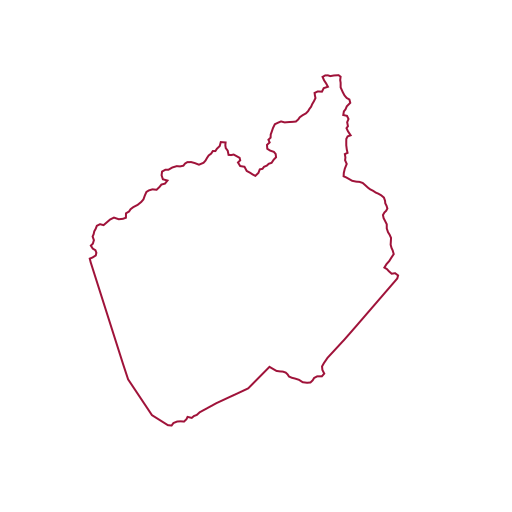 the district of Piritiba, Bahia, Brazil, rotated 316°
{"feature_id": "56859067B29838999059805", "entity_name": "Piritiba", "entity_type": "district", "adm_level": 2, "iso_a3": "BRA", "parent_name": "Brazil", "parent_adm1": "Bahia", "projection": "albers", "projection_center": [-40.538, -11.695], "detail": "fine", "context": "isolated", "style": "outline", "palette": "rose", "viewbox_px": 512, "rotation_deg": 316, "n_neighbors": 0, "source": "geoboundaries", "source_scale": "gbopen_adm2", "svg_char_len": 3178}
<svg xmlns="http://www.w3.org/2000/svg" viewBox="0 0 512 512"><g transform="rotate(316 256 256)"><path d="M156.8,125.9L154.4,127.5L152.0,128.5L150.4,132.0L147.2,133.8L144.4,133.8L143.7,137.3L144.5,140.3L143.4,142.8L141.1,144.3L137.3,143.5L134.6,142.4L132.7,145.7L85.4,241.2L78.3,255.9L70.6,298.2L75.1,316.5L77.5,319.3L80.6,318.8L84.3,320.3L86.9,322.5L89.2,325.1L92.6,325.1L95.0,324.2L97.3,327.8L100.2,328.0L103.0,329.2L107.0,329.3L125.5,334.4L158.4,345.8L188.7,345.1L189.7,348.7L190.9,352.9L193.1,355.7L195.0,357.8L196.4,360.5L196.5,363.1L196.0,365.6L197.2,368.5L198.9,371.2L200.9,374.9L201.9,379.2L204.7,382.7L207.3,384.8L210.4,384.8L213.1,384.1L216.5,385.1L219.8,388.3L223.4,388.0L224.6,384.1L226.8,381.3L230.5,380.2L236.9,378.9L248.0,378.3L258.0,377.7L260.7,377.6L277.3,376.2L342.0,370.3L344.7,368.7L344.1,365.0L341.3,363.0L341.0,359.2L341.1,356.4L340.3,353.5L344.2,352.5L348.3,352.2L352.3,351.2L356.4,350.3L358.2,346.9L359.1,344.3L360.7,341.4L363.0,339.3L365.7,336.8L366.9,333.5L367.5,330.6L369.2,327.0L372.1,324.0L373.4,319.8L374.1,317.4L375.8,314.7L378.6,313.9L381.0,313.9L383.5,313.1L384.8,310.5L385.6,307.9L387.2,305.9L388.6,302.8L388.2,299.2L387.2,295.9L386.2,293.6L385.5,290.4L384.4,287.2L384.0,284.6L383.8,281.3L383.5,277.6L381.9,274.5L379.8,272.2L377.4,268.7L376.4,265.2L375.5,262.2L374.4,259.5L376.9,257.2L380.5,254.9L385.2,252.8L386.6,249.0L388.8,247.2L390.7,244.4L393.5,245.4L395.4,242.3L397.8,239.1L400.4,236.4L402.3,234.5L405.0,233.6L407.9,234.9L408.8,230.1L409.9,226.9L412.3,226.5L414.5,223.1L417.7,221.7L418.8,218.4L416.7,215.2L419.7,213.0L422.2,212.7L425.3,211.4L430.2,211.3L431.9,208.3L431.0,205.3L431.2,202.0L432.2,198.5L434.0,193.5L437.2,190.2L438.8,187.9L441.4,185.8L441.0,183.3L437.5,180.3L434.4,178.2L433.2,176.0L431.3,174.2L428.3,173.4L427.0,176.9L426.3,180.7L425.3,184.2L421.3,182.3L417.6,183.6L414.7,180.5L411.4,179.4L409.8,181.6L408.5,183.7L405.2,184.9L401.9,185.8L399.3,186.9L396.6,187.3L394.1,188.0L391.0,188.1L387.3,187.1L383.8,186.6L381.3,187.1L378.1,187.0L375.6,185.0L372.6,182.4L369.4,179.8L367.5,176.6L364.7,175.5L361.1,174.3L357.2,175.7L353.3,177.7L351.0,178.8L348.7,181.0L345.7,181.0L344.7,183.8L341.1,183.7L338.6,186.7L339.4,190.0L341.2,193.5L341.0,196.3L339.0,198.9L335.7,199.0L331.9,199.8L329.2,198.5L326.6,198.5L323.7,197.4L321.2,197.8L318.9,196.3L315.5,197.9L311.2,197.9L310.2,194.9L309.6,192.1L308.4,188.4L309.7,183.8L307.1,180.3L308.0,176.2L311.1,176.2L312.4,174.0L311.3,170.4L310.4,167.5L308.2,166.1L306.5,164.2L308.8,160.6L309.2,157.4L310.8,155.1L313.0,153.2L309.8,149.6L306.3,151.7L302.3,151.7L299.7,152.3L297.8,150.5L294.9,151.2L291.8,150.8L289.0,151.4L285.9,152.3L283.0,152.5L278.4,150.7L276.5,146.6L274.6,143.4L271.8,140.8L269.2,140.2L266.5,140.6L263.6,138.8L261.4,136.3L257.3,134.2L252.9,133.1L250.7,131.0L247.1,130.0L244.2,132.3L242.3,136.1L244.7,140.2L240.8,140.7L237.6,138.9L234.6,139.3L230.5,139.3L227.8,136.1L224.5,134.4L221.7,133.8L218.2,135.2L214.3,137.1L211.0,137.4L206.4,137.0L201.7,135.6L198.3,135.2L195.6,135.8L192.1,135.0L189.0,138.1L186.1,136.8L182.8,134.2L180.5,129.7L176.4,128.4L171.1,128.1L167.8,127.9L165.9,124.8L162.5,123.7L159.5,125.1L156.8,125.9Z" fill="none" stroke="#9f1239" stroke-width="2"/></g></svg>